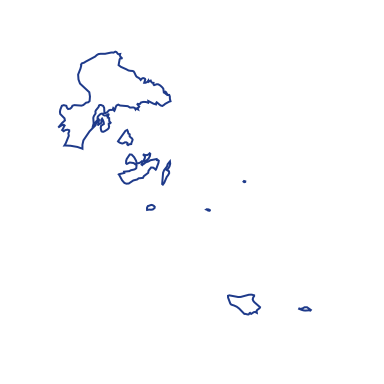 map outline of Attiki (Mercator projection), rotated 309°
{"feature_id": "GRC-2884", "entity_name": "Attiki", "entity_type": "Region", "adm_level": 1, "iso_a3": "GRC", "parent_name": "Greece", "parent_adm1": "", "projection": "mercator", "projection_center": [23.522, 37.086], "detail": "fine", "context": "isolated", "style": "outline", "palette": "blue", "viewbox_px": 384, "rotation_deg": 309, "n_neighbors": 0, "source": "natural_earth", "source_scale": "10m", "svg_char_len": 5587}
<svg xmlns="http://www.w3.org/2000/svg" viewBox="0 0 384 384"><g transform="rotate(309 192 192)"><path d="M220.9,25.7L222.5,25.4L224.9,26.9L226.1,27.2L236.3,31.5L238.4,31.8L240.3,32.5L242.0,34.1L244.6,37.4L249.6,41.5L250.4,42.5L250.9,43.3L252.8,44.1L253.2,45.2L253.0,46.3L252.7,47.3L252.9,48.3L254.0,49.3L252.9,49.7L252.3,50.8L252.0,52.2L251.8,54.0L251.2,52.1L249.5,52.3L244.4,55.1L244.5,57.9L246.0,63.6L246.5,66.2L247.5,68.0L248.5,69.4L249.0,70.6L248.7,71.8L247.3,74.7L246.8,76.0L246.8,77.2L247.1,78.5L247.2,80.0L246.8,81.6L247.9,81.6L249.2,81.9L250.1,82.8L250.4,84.2L250.0,84.9L246.8,86.1L247.5,87.0L248.5,87.6L249.6,88.0L251.2,87.9L250.4,88.9L251.0,89.1L252.6,89.8L252.0,90.9L251.8,91.9L252.1,92.7L252.6,93.4L252.1,93.7L251.6,94.1L251.3,94.6L251.2,95.3L253.7,96.9L254.5,98.2L254.8,100.4L254.6,103.2L254.2,104.7L251.8,107.3L253.2,108.1L253.2,109.1L251.8,109.1L251.8,109.9L252.5,110.0L252.6,110.5L252.5,111.1L252.6,111.8L252.5,111.5L252.4,111.1L251.8,111.8L253.1,113.2L252.3,114.6L250.4,116.3L249.0,118.2L247.8,117.4L243.7,115.7L242.1,115.4L240.2,114.8L239.5,113.1L239.5,108.1L238.8,108.1L237.4,108.9L236.4,106.5L235.2,100.8L234.8,101.2L233.8,101.8L233.0,99.6L231.3,97.4L229.4,96.0L227.9,96.2L227.5,95.8L227.1,95.5L226.7,95.2L226.4,94.4L225.8,94.4L225.2,97.2L224.1,97.3L223.0,96.8L222.2,98.1L222.0,97.2L221.9,96.5L221.6,96.1L220.6,96.2L221.3,94.6L220.8,93.2L218.6,90.7L218.3,88.1L213.9,81.6L213.5,79.7L211.7,78.9L209.9,79.3L208.1,80.1L206.2,80.6L206.2,80.0L206.2,79.7L207.2,79.3L207.6,78.9L207.7,78.0L206.1,78.6L205.2,77.9L204.3,76.7L203.0,76.0L201.5,76.0L200.2,75.8L199.1,75.2L198.3,74.2L202.1,70.8L203.0,68.8L202.3,66.4L201.3,65.4L200.6,65.3L199.9,65.7L199.0,65.9L195.0,65.9L193.9,66.2L193.2,66.8L192.7,67.4L192.1,67.7L189.6,67.9L188.5,68.2L187.4,68.7L183.4,72.4L181.6,73.2L185.2,74.2L183.1,75.0L174.7,74.2L163.8,75.1L159.8,77.1L156.7,79.6L156.6,79.2L156.3,78.5L154.9,74.6L151.5,68.5L148.0,63.7L147.9,63.6L150.5,63.2L158.1,60.9L159.9,58.9L161.7,58.5L162.7,57.7L162.1,56.1L160.4,54.6L158.4,54.0L158.4,53.3L158.4,52.1L159.7,52.0L162.1,51.4L163.5,51.2L163.5,50.2L162.4,50.1L162.9,49.9L162.6,49.0L158.0,47.5L164.0,47.6L167.6,48.2L169.0,46.6L169.7,40.5L171.2,38.9L173.2,37.8L177.1,36.6L178.8,37.7L179.9,40.1L178.8,41.7L178.5,43.5L180.1,44.9L181.9,45.2L183.8,44.8L185.5,45.9L189.6,51.8L191.2,52.8L194.8,53.5L196.4,54.9L198.2,55.2L202.0,52.6L204.9,49.4L205.8,36.7L208.0,33.0L211.6,29.6L217.6,27.7L220.5,26.4L220.9,25.7ZM159.6,124.0L159.9,124.1L164.2,127.4L165.0,126.4L168.9,130.3L169.3,130.4L169.9,130.5L170.7,131.0L172.9,132.8L174.0,133.4L175.4,133.7L177.9,132.1L177.8,128.5L175.8,125.1L172.8,123.7L172.8,122.8L174.6,121.3L176.6,120.5L182.0,120.0L183.1,121.6L182.6,125.2L181.1,128.9L179.4,131.0L180.5,132.1L181.6,132.9L182.9,133.4L184.4,133.7L184.4,134.7L182.4,135.4L181.6,135.5L181.6,136.4L182.3,136.4L183.2,136.8L185.9,137.4L188.3,138.9L190.5,139.7L195.4,143.8L194.9,144.4L194.7,144.7L194.9,145.0L195.4,145.6L195.4,146.5L193.3,147.7L187.0,149.8L186.5,149.8L186.6,147.6L186.5,146.5L185.3,144.8L181.3,144.8L179.3,145.9L174.0,144.6L172.1,145.0L169.0,141.9L167.2,141.5L164.0,139.1L158.8,137.5L157.2,135.8L156.5,133.8L157.1,130.3L159.5,124.6L159.6,124.0L159.6,124.0ZM141.1,295.9L148.0,300.9L149.8,303.0L150.8,305.3L150.2,305.8L148.6,305.9L146.8,306.7L146.0,308.0L145.6,309.7L145.3,317.4L144.8,317.6L143.2,317.4L141.4,316.9L140.1,317.1L138.9,318.4L138.5,316.5L137.4,315.6L134.5,314.7L134.4,314.3L134.5,313.8L134.6,313.2L134.1,313.0L132.7,313.1L132.4,313.0L131.8,312.2L130.8,310.1L130.2,309.4L131.1,302.0L131.0,299.0L130.2,295.9L129.6,294.5L129.2,293.3L129.4,292.0L132.7,286.4L134.0,285.3L135.2,286.1L139.4,293.9L141.1,295.9ZM183.0,85.2L182.3,84.2L182.3,83.4L183.1,82.1L184.5,80.6L186.3,79.7L189.4,80.7L190.7,79.4L191.8,77.5L192.4,76.0L191.2,76.1L190.2,76.8L189.4,77.6L188.5,78.0L187.6,77.7L185.6,76.9L184.4,77.0L188.2,75.1L186.8,74.4L185.2,73.2L186.4,73.1L187.6,73.2L188.6,73.5L189.6,74.2L189.8,73.2L190.0,73.0L189.6,72.4L190.4,71.8L191.2,71.4L192.2,71.4L194.6,71.7L195.9,72.3L196.6,73.2L196.1,74.2L196.1,74.9L196.4,75.9L197.0,76.6L197.7,77.1L197.5,77.3L197.6,78.0L200.5,78.0L196.8,79.7L197.3,81.1L195.0,83.1L194.6,85.2L193.9,85.2L192.8,84.2L191.8,85.0L190.7,86.4L189.2,87.1L187.7,87.0L184.4,85.9L183.0,85.2ZM197.6,101.8L199.4,102.6L198.7,104.1L197.4,105.7L197.6,107.3L196.1,108.4L195.8,109.8L195.9,111.4L195.4,112.8L194.5,113.3L192.1,114.0L191.0,114.6L190.2,113.8L189.7,113.3L188.2,112.8L188.2,111.8L189.4,111.1L189.3,109.8L188.4,108.6L187.0,108.1L185.8,107.3L185.0,105.4L184.7,103.5L184.8,102.6L197.6,101.8ZM201.9,155.6L200.2,157.3L197.7,158.4L195.1,158.8L193.2,158.4L193.6,161.1L192.3,162.4L190.2,162.8L187.8,162.9L181.7,164.6L179.4,164.7L179.4,163.8L188.8,157.4L191.4,156.6L196.1,156.5L198.3,155.6L201.9,155.6ZM153.4,166.6L154.0,167.1L155.8,168.1L156.6,168.8L157.0,169.8L157.2,171.2L157.0,172.4L155.9,173.0L153.7,172.5L152.4,171.3L151.4,169.8L149.8,168.4L150.6,167.6L151.4,167.0L152.4,166.7L153.4,166.6ZM190.3,131.0L190.8,130.9L190.9,131.1L190.9,131.5L191.0,131.9L191.8,133.2L192.8,134.1L193.9,134.6L195.4,134.7L195.4,135.5L193.4,136.7L190.7,137.2L188.0,136.8L185.9,135.5L185.9,134.7L188.9,133.9L190.1,133.0L190.3,131.0ZM169.2,349.7L171.1,351.2L173.2,352.0L174.8,353.9L175.1,358.6L174.3,358.6L173.7,357.4L171.1,354.6L170.2,353.2L169.5,351.6L168.6,348.8L169.0,348.7L169.1,348.9L169.1,349.3L169.2,349.7ZM188.4,215.2L188.9,215.8L189.2,217.2L188.9,217.5L188.2,217.2L187.9,216.3L187.9,216.0L187.7,215.9L187.7,215.2L187.4,214.2L188.0,214.4L188.4,215.2ZM233.3,225.5L233.6,226.2L233.8,226.7L233.3,227.0L232.5,226.4L232.5,225.5L233.3,225.5Z" fill="none" stroke="#1e3a8a" stroke-width="2"/></g></svg>